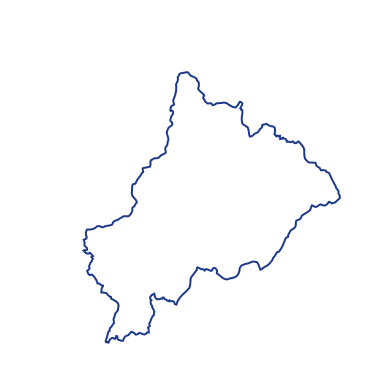 Bao Thang, Lào Cai, Vietnam (orthographic projection), rotated 248°
{"feature_id": "81297802B25560916681091", "entity_name": "Bao Thang", "entity_type": "district", "adm_level": 2, "iso_a3": "VNM", "parent_name": "Vietnam", "parent_adm1": "Lào Cai", "projection": "orthographic", "projection_center": [104.134, 22.379], "detail": "fine", "context": "isolated", "style": "outline", "palette": "blue", "viewbox_px": 384, "rotation_deg": 248, "n_neighbors": 0, "source": "geoboundaries", "source_scale": "gbopen_adm2", "svg_char_len": 5958}
<svg xmlns="http://www.w3.org/2000/svg" viewBox="0 0 384 384"><g transform="rotate(248 192 192)"><path d="M196.5,80.3L193.8,78.2L191.7,77.6L190.0,77.6L189.3,76.9L188.6,76.9L188.3,76.0L188.3,73.7L185.7,73.6L182.7,72.2L179.5,73.6L178.9,73.6L177.9,73.2L177.7,73.0L177.7,72.6L177.9,71.5L178.4,70.7L178.3,69.4L174.7,70.9L174.6,71.7L173.7,72.6L173.7,73.5L174.0,74.3L173.8,74.6L169.7,76.2L169.4,74.4L167.2,75.0L165.4,73.1L164.2,71.1L161.5,68.6L159.5,68.5L159.2,68.2L158.1,65.2L157.6,65.1L154.4,65.3L153.1,66.3L153.2,67.3L152.9,68.2L150.5,69.4L146.4,70.3L142.6,70.2L142.2,71.4L139.6,73.0L138.6,74.4L138.0,74.3L137.1,72.8L136.1,71.9L132.8,70.3L132.1,72.0L130.5,74.5L130.1,74.8L127.1,75.8L125.5,76.9L125.0,77.6L123.9,77.1L123.1,77.3L121.1,79.1L117.7,81.3L116.2,81.7L114.1,81.3L113.5,81.0L112.9,80.4L112.5,80.4L110.3,79.0L109.8,78.5L107.8,75.0L105.3,73.4L104.7,72.5L103.7,71.7L99.7,70.6L99.0,69.2L97.1,66.6L96.8,65.6L96.0,64.5L94.2,63.7L93.9,62.5L93.4,61.8L89.0,58.6L87.8,57.4L85.6,55.9L85.0,56.0L84.6,57.3L83.8,57.7L83.6,58.3L85.4,59.8L86.1,61.0L86.6,62.7L86.5,63.7L84.7,65.4L85.3,66.0L85.4,67.4L86.7,67.6L86.8,68.2L86.0,68.7L84.0,68.0L82.9,68.1L80.7,70.6L79.9,72.4L81.4,73.6L82.6,75.1L83.3,77.2L83.1,79.4L85.1,83.2L84.8,84.0L83.8,84.6L83.0,85.6L80.8,86.4L80.5,88.3L81.0,89.9L81.0,90.7L78.5,93.2L77.8,94.5L77.7,95.7L78.5,97.7L77.9,99.3L81.4,100.5L82.3,100.3L82.8,100.5L83.6,102.7L84.7,102.9L85.6,102.8L87.6,104.9L90.4,107.5L91.8,109.5L92.2,110.6L93.5,111.0L95.1,112.3L100.4,112.0L101.3,112.3L103.1,111.9L104.9,112.2L106.6,112.9L106.8,113.8L108.7,113.3L109.9,113.6L110.9,114.8L111.5,116.0L111.8,118.9L108.7,118.4L107.4,118.5L105.7,119.3L104.8,121.8L104.8,123.3L104.2,124.3L104.4,124.6L105.1,125.1L104.8,126.2L104.0,126.5L102.8,126.6L101.7,127.8L99.7,129.0L100.0,130.4L98.9,130.7L98.6,132.1L97.4,133.9L96.8,134.2L94.6,134.1L93.7,134.9L93.4,135.4L95.9,137.4L98.2,140.5L100.1,144.1L102.3,150.0L104.0,153.4L105.2,154.6L106.7,155.6L112.4,158.4L114.0,160.5L117.8,167.0L118.3,167.5L119.9,168.2L120.0,168.7L119.2,169.9L117.6,171.0L117.0,171.6L116.2,173.4L115.5,173.9L114.5,174.1L114.5,174.7L115.2,175.7L115.1,176.5L111.7,180.1L111.9,181.5L112.7,181.9L113.2,182.6L113.4,183.7L113.1,184.5L112.3,185.1L111.4,185.5L109.9,185.8L107.2,184.5L106.1,185.4L100.6,188.4L98.7,190.2L98.1,191.2L97.8,192.1L97.6,195.1L97.1,197.2L97.0,201.1L97.6,202.6L99.1,204.7L100.7,206.1L103.7,207.9L105.1,209.9L105.3,210.6L105.3,214.3L104.7,218.0L104.9,221.0L104.7,222.3L103.7,224.4L102.5,226.0L100.3,226.4L94.3,226.3L94.4,228.0L95.2,230.3L95.7,234.8L96.4,236.6L98.5,240.6L100.6,242.7L101.7,244.8L104.1,247.9L104.4,248.8L104.1,249.8L104.2,250.4L106.4,253.7L108.4,256.1L113.9,261.4L114.3,262.2L114.4,264.2L115.9,264.9L119.3,268.9L120.0,271.6L120.0,272.7L120.9,274.7L122.9,276.1L125.0,276.9L126.3,278.0L126.4,282.0L126.9,282.9L128.6,284.7L129.0,285.3L130.1,291.6L130.9,294.7L134.7,298.1L134.6,298.4L132.4,300.2L131.8,301.2L131.7,302.8L132.3,305.1L132.3,306.8L130.3,308.7L129.6,310.5L130.3,313.5L131.5,314.7L131.5,315.6L129.1,317.3L128.7,320.2L128.8,321.0L131.1,326.9L133.1,327.5L133.7,327.6L135.8,327.3L137.7,328.0L138.5,328.1L141.8,327.2L144.2,327.3L151.5,326.5L158.2,326.2L160.5,324.1L161.5,324.0L162.0,323.8L163.0,322.1L163.5,320.2L164.1,319.6L166.6,319.4L168.1,318.1L169.9,317.2L172.9,317.4L175.2,312.3L176.0,311.1L176.6,310.7L180.1,309.4L181.9,309.4L184.6,310.1L189.7,312.1L193.4,311.7L197.9,310.3L199.0,309.6L199.1,309.0L198.5,308.2L198.4,306.4L199.3,305.1L200.4,305.0L201.3,304.1L201.0,303.3L201.2,302.1L202.3,300.8L203.1,298.6L203.4,298.6L203.7,299.2L204.3,299.2L206.2,298.5L207.3,297.1L208.2,296.9L208.2,296.1L207.6,295.3L208.0,294.6L208.1,293.6L209.1,294.1L210.1,293.8L210.9,294.7L211.2,294.7L211.4,293.2L212.2,292.5L211.8,291.6L211.9,291.1L212.4,290.8L213.2,291.0L214.5,290.0L215.0,290.2L216.1,291.4L217.2,291.4L217.9,292.1L220.9,292.8L222.3,291.8L223.2,290.2L224.9,288.2L227.3,286.5L227.5,286.1L227.3,285.2L227.8,283.6L227.8,282.4L227.5,281.9L226.5,281.8L226.1,281.4L225.2,279.9L224.9,278.6L223.8,277.2L222.6,275.1L222.6,272.1L221.5,269.2L221.4,267.5L221.8,266.4L223.1,266.4L229.0,267.8L231.6,267.8L232.4,266.7L233.3,266.5L235.5,264.7L236.9,264.3L240.1,265.1L243.1,266.4L245.9,268.1L249.0,269.3L249.3,269.3L249.8,268.5L250.4,268.7L250.7,268.2L251.3,268.0L254.1,271.1L255.1,271.8L255.8,271.8L257.5,270.6L257.7,270.0L255.3,266.9L254.2,264.6L254.2,263.8L255.1,262.3L256.6,260.8L259.0,258.9L261.0,257.7L262.3,256.3L263.1,254.7L263.4,253.0L265.0,248.0L264.4,244.9L264.8,243.7L267.0,243.0L267.7,241.6L268.0,240.0L268.4,239.5L271.4,237.9L272.5,238.2L274.6,237.5L275.5,237.8L276.7,239.4L277.2,239.5L277.9,239.1L278.2,239.3L282.3,237.2L285.0,236.3L285.4,236.3L287.6,238.0L290.5,239.2L291.8,239.1L293.8,238.4L295.0,238.6L296.1,238.2L297.6,237.1L300.5,234.2L304.2,233.2L304.9,232.5L306.3,225.9L306.2,225.2L306.1,224.6L304.4,222.8L303.8,221.7L302.4,221.5L300.6,220.5L297.5,217.3L296.0,217.1L291.5,215.0L287.9,212.5L284.4,209.2L282.5,208.5L280.0,208.3L279.6,207.8L279.3,205.0L279.1,204.5L275.8,202.5L275.3,202.5L275.1,203.7L274.6,204.4L273.3,204.4L271.7,203.7L269.4,200.7L266.7,198.7L265.9,198.6L263.9,199.6L262.2,199.1L261.5,198.4L260.6,195.0L260.1,194.0L257.1,191.1L256.1,190.7L250.4,190.1L249.2,189.6L247.3,188.1L244.7,186.6L244.1,185.8L243.8,184.7L242.7,183.7L241.6,183.2L238.7,182.7L238.0,181.8L237.6,176.8L236.3,174.1L236.3,172.9L237.4,169.5L236.9,167.3L236.8,165.6L236.4,165.2L233.9,164.2L231.3,162.7L231.5,160.7L232.4,156.1L232.4,155.2L231.7,154.8L229.2,154.4L228.6,153.9L228.3,152.5L226.4,150.1L223.9,145.9L221.0,142.7L221.0,141.8L221.3,140.4L221.0,139.7L220.3,139.0L214.9,136.4L213.2,135.7L211.7,135.3L210.1,135.5L205.0,137.1L203.8,137.1L203.1,136.9L202.0,135.1L200.6,133.5L199.6,130.8L196.7,129.4L195.2,127.9L193.8,125.7L193.3,124.1L195.1,119.6L194.4,114.3L194.0,112.6L194.2,109.7L193.7,107.8L191.7,105.8L191.6,104.6L192.9,98.3L192.6,97.3L192.7,96.2L193.3,95.1L195.3,93.1L195.5,92.5L195.7,91.0L194.9,88.7L194.9,85.8L195.3,83.7L196.5,80.3Z" fill="none" stroke="#1e3a8a" stroke-width="2"/></g></svg>